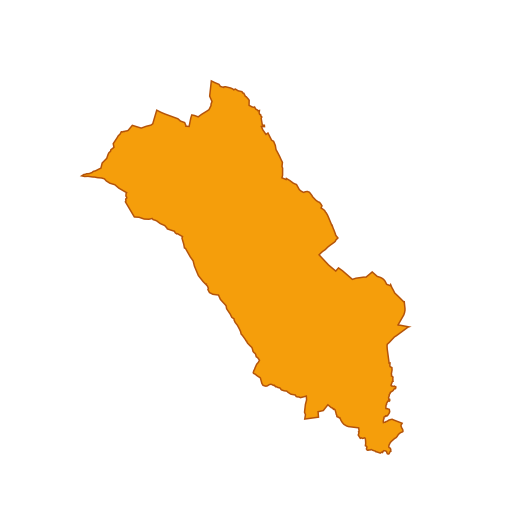 outline of Calnic, Alba, Romania, rotated 106°
{"feature_id": "2599482B71392361951203", "entity_name": "Calnic", "entity_type": "district", "adm_level": 2, "iso_a3": "ROU", "parent_name": "Romania", "parent_adm1": "Alba", "projection": "orthographic", "projection_center": [23.664, 45.882], "detail": "fine", "context": "isolated", "style": "filled", "palette": "amber", "viewbox_px": 512, "rotation_deg": 106, "n_neighbors": 0, "source": "geoboundaries", "source_scale": "gbopen_adm2", "svg_char_len": 6036}
<svg xmlns="http://www.w3.org/2000/svg" viewBox="0 0 512 512"><g transform="rotate(106 256 256)"><path d="M376.8,169.0L380.4,167.7L385.0,167.6L392.8,166.3L394.9,164.7L399.3,164.2L393.7,151.5L388.6,153.4L386.0,148.7L379.2,145.9L381.1,141.7L381.0,140.7L382.0,139.3L381.5,139.0L382.1,137.6L384.1,136.3L386.2,135.1L386.8,134.4L387.6,134.2L388.1,133.9L388.3,133.0L388.1,132.3L388.5,131.8L388.7,131.2L388.4,130.8L390.7,128.9L392.3,127.1L393.6,125.1L393.7,124.7L394.4,122.1L394.5,120.2L392.9,110.0L395.9,108.6L396.7,109.0L397.6,108.3L399.9,108.4L402.5,105.5L401.8,104.8L402.0,103.2L400.8,101.4L401.4,100.6L403.0,99.9L405.9,98.9L408.1,98.6L408.3,98.5L408.4,97.3L409.1,96.7L411.0,96.7L412.0,95.5L411.7,94.4L411.3,94.2L411.1,92.9L410.3,92.0L410.6,90.0L410.7,87.4L411.2,86.6L411.0,86.2L411.2,82.2L409.6,80.8L409.9,80.2L408.8,80.0L407.9,79.5L407.6,77.6L408.3,76.3L408.9,76.1L409.9,75.2L409.9,74.2L409.4,73.6L408.2,73.4L406.8,73.1L406.6,72.6L406.2,72.8L405.4,72.9L404.4,73.4L403.7,74.1L403.5,75.1L403.2,75.6L402.3,75.9L401.0,76.0L398.4,75.5L396.9,74.8L393.3,72.5L391.9,71.2L390.5,70.6L388.2,69.9L386.4,68.7L385.8,68.2L385.2,67.4L384.6,66.6L384.0,66.4L382.8,66.9L381.9,67.6L381.5,68.2L379.4,69.8L378.4,69.9L376.5,69.4L375.6,79.2L375.4,80.1L376.0,81.3L377.2,83.2L378.7,84.3L379.4,85.5L380.2,85.9L380.5,87.0L381.0,87.6L380.2,88.0L378.6,88.3L376.8,88.2L376.6,88.5L375.3,88.4L374.6,87.3L373.9,87.4L373.6,86.9L373.8,86.1L372.7,85.4L370.1,84.6L368.7,84.6L366.7,85.6L366.6,86.6L366.7,87.2L366.5,87.7L366.9,88.9L366.6,89.2L363.8,89.9L362.5,89.6L361.7,89.9L359.1,89.2L358.7,88.4L358.9,88.0L358.3,87.6L357.6,87.7L356.9,88.1L357.2,88.9L355.3,89.6L353.7,89.4L352.6,89.7L351.0,89.2L350.2,89.3L347.8,87.3L345.5,86.4L345.2,86.0L345.1,85.4L344.5,85.3L344.0,85.3L343.1,85.7L343.3,86.5L342.9,87.0L343.6,88.3L343.4,88.8L343.6,89.9L343.0,90.6L339.0,90.3L338.6,89.7L337.9,90.1L335.4,90.9L334.7,90.9L334.2,91.7L334.0,92.7L332.9,92.9L332.0,93.4L328.1,93.8L325.8,94.6L325.4,96.6L324.6,97.1L321.9,97.7L322.3,98.5L309.3,104.2L306.2,105.3L304.7,105.5L302.4,104.1L295.6,100.6L294.1,99.2L282.5,90.3L282.0,89.6L282.8,98.4L283.2,99.6L283.1,100.5L280.0,99.7L271.9,97.7L269.5,97.6L267.3,97.8L265.5,98.3L259.1,100.9L259.3,101.4L255.3,108.7L254.2,110.8L253.4,112.4L250.8,114.8L248.7,116.9L246.4,118.7L247.5,118.9L247.2,122.6L244.6,125.0L243.5,126.6L242.9,127.9L242.5,129.4L242.3,130.7L242.2,133.9L239.3,139.9L246.0,144.4L246.6,146.6L249.8,153.8L251.9,156.9L246.4,168.7L244.7,173.4L248.5,175.2L244.6,183.9L237.5,195.7L235.1,194.4L233.2,193.2L230.8,191.2L227.7,189.5L224.8,187.4L223.2,186.1L221.0,184.4L219.9,183.8L218.5,183.6L217.2,182.8L216.1,182.2L215.9,182.4L214.7,184.3L213.8,185.3L213.0,185.7L209.0,188.7L208.6,189.1L205.4,191.4L205.6,191.6L198.8,197.0L196.8,198.7L195.1,200.5L194.5,201.5L193.5,202.4L192.8,203.8L191.9,206.7L189.6,206.4L187.9,208.3L186.9,209.7L186.8,211.2L185.9,213.8L183.3,218.2L182.5,218.8L180.0,222.2L179.9,223.5L179.8,224.4L180.4,225.8L181.2,227.1L181.7,227.5L181.7,228.2L181.2,230.5L180.3,232.6L176.1,236.8L176.1,237.5L175.7,240.2L174.1,244.4L173.1,248.2L174.2,248.2L173.7,252.6L171.1,252.7L164.3,254.6L162.7,255.7L158.7,256.4L156.4,258.5L153.9,260.6L150.6,263.7L148.2,266.1L144.4,267.9L140.9,270.7L140.4,272.9L134.5,278.4L136.4,279.9L132.9,284.2L130.1,286.5L129.3,283.5L128.0,284.0L128.4,286.0L122.2,289.0L120.8,288.7L120.1,290.0L119.2,290.2L118.8,291.0L118.9,291.5L117.4,292.5L115.2,292.8L115.9,294.1L115.3,294.8L114.9,296.7L113.3,298.3L113.6,298.4L113.8,300.6L113.1,304.2L108.2,305.5L107.5,306.3L105.6,309.3L105.5,310.2L102.9,312.6L103.0,313.5L101.9,314.8L102.1,318.7L101.2,322.0L102.4,323.1L101.8,324.4L101.5,326.7L101.7,331.9L102.2,333.4L102.9,333.5L102.8,337.0L101.2,338.9L100.7,343.3L100.0,347.2L115.1,344.6L119.6,340.9L122.4,341.1L123.7,340.7L127.7,341.4L128.4,341.6L130.4,343.3L134.9,347.4L138.2,349.9L137.9,353.9L138.1,356.6L141.4,356.7L149.9,356.0L150.6,359.2L149.7,359.5L147.4,361.4L147.1,365.8L145.6,368.9L144.6,382.7L144.1,386.9L143.2,391.6L157.4,391.7L159.1,393.0L161.6,397.3L164.7,401.6L164.5,410.9L170.5,413.5L171.2,414.4L172.3,416.6L172.7,416.9L172.9,417.9L173.5,418.4L173.7,419.7L176.4,420.3L178.3,421.5L180.3,422.0L187.4,424.2L190.7,422.5L193.9,424.8L195.4,424.7L197.4,425.9L199.3,426.2L203.3,426.4L209.0,429.5L214.3,429.3L215.6,430.8L218.4,433.8L219.5,435.7L220.9,436.6L222.8,439.1L223.7,441.6L224.7,442.8L225.0,443.8L227.0,445.6L226.8,442.6L225.7,439.4L225.1,434.9L224.6,432.8L224.4,430.1L223.6,426.1L223.6,423.0L225.1,420.6L226.3,416.6L226.4,411.3L228.6,406.5L230.8,397.8L232.0,398.1L233.0,397.8L234.2,397.6L235.1,396.5L235.8,396.2L236.3,396.4L237.0,396.9L237.4,396.9L238.7,396.3L239.2,396.2L239.9,396.5L252.0,383.7L251.0,379.1L251.3,373.7L250.2,369.1L248.6,366.2L249.4,364.9L249.4,362.8L249.6,361.2L251.2,357.0L251.9,352.1L253.6,349.5L254.1,348.9L254.4,348.7L254.6,344.4L254.7,341.3L255.1,340.9L256.0,340.0L256.6,338.3L256.2,337.7L257.6,332.0L259.2,332.1L264.6,328.7L268.0,327.0L268.1,325.9L275.0,318.9L278.0,315.1L282.7,312.4L290.7,306.0L295.1,299.9L296.7,297.1L296.7,296.1L297.2,296.2L298.2,294.5L300.1,292.9L301.5,293.0L304.0,290.6L304.7,286.9L303.9,281.3L307.6,278.2L312.0,271.1L314.8,269.7L319.1,264.6L321.6,262.4L322.5,259.7L323.6,259.4L325.6,257.7L327.7,254.8L330.8,251.8L332.9,250.0L335.1,248.8L335.8,247.6L336.6,246.5L339.3,243.1L340.3,242.2L340.5,241.4L341.0,241.2L342.1,240.1L343.8,237.2L345.0,234.9L345.9,234.1L348.6,232.5L349.4,231.3L349.9,230.1L350.7,229.2L352.8,228.0L353.2,226.5L355.2,223.9L357.7,224.5L359.8,225.5L363.8,226.1L365.1,226.1L366.8,226.5L368.9,226.5L369.5,226.0L369.9,223.8L370.5,222.8L371.5,219.8L371.6,219.0L372.0,218.2L376.8,215.3L378.4,213.6L378.5,211.2L378.1,209.9L377.6,209.2L376.3,208.1L375.4,206.9L375.1,205.5L375.5,204.0L375.4,203.5L375.5,203.2L375.2,202.9L375.5,202.1L375.9,201.9L376.3,200.9L376.0,200.4L376.4,198.7L376.3,197.6L376.2,197.1L376.5,196.1L377.4,195.2L377.7,194.5L377.8,192.0L377.6,190.3L377.4,189.6L377.5,189.0L378.1,187.9L379.1,184.8L379.2,184.2L378.8,180.0L380.0,178.6L380.0,177.4L379.7,175.9L379.9,174.2L376.8,169.0Z" fill="#f59e0b" stroke="#b45309" stroke-width="1.5"/></g></svg>